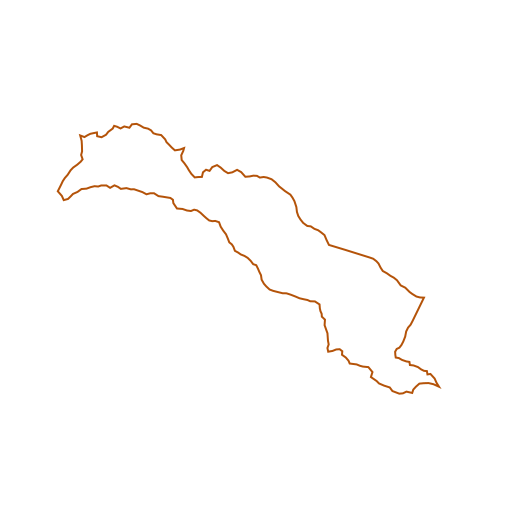 the district of Lucélia, São Paulo, Brazil, rotated 283°
{"feature_id": "56859067B24992356394573", "entity_name": "Lucélia", "entity_type": "district", "adm_level": 2, "iso_a3": "BRA", "parent_name": "Brazil", "parent_adm1": "São Paulo", "projection": "mercator", "projection_center": [-50.994, -21.634], "detail": "fine", "context": "isolated", "style": "outline", "palette": "amber", "viewbox_px": 512, "rotation_deg": 283, "n_neighbors": 0, "source": "geoboundaries", "source_scale": "gbopen_adm2", "svg_char_len": 3242}
<svg xmlns="http://www.w3.org/2000/svg" viewBox="0 0 512 512"><g transform="rotate(283 256 256)"><path d="M173.0,390.5L169.1,395.6L163.9,395.2L161.3,401.7L159.5,404.5L158.5,410.0L158.0,415.9L155.1,419.3L154.1,426.6L155.2,430.0L157.7,433.1L157.7,439.0L161.2,439.3L164.6,441.2L168.4,443.9L169.8,448.1L171.0,452.7L171.0,457.7L169.8,463.7L173.1,460.4L176.8,457.6L180.3,452.5L179.2,449.7L182.3,448.4L181.9,445.5L182.7,442.3L184.2,438.8L184.8,434.1L184.4,430.5L187.3,429.3L187.1,426.2L187.6,421.6L188.7,418.1L188.5,415.0L191.0,414.0L194.0,413.1L197.1,414.0L198.9,416.3L201.9,417.7L205.6,418.7L211.0,419.5L216.3,419.3L220.5,420.3L223.8,422.1L228.0,423.2L253.2,429.0L252.5,425.1L252.6,421.4L254.2,416.7L255.5,413.7L258.7,408.6L259.9,403.6L264.1,398.8L265.9,395.1L266.9,391.5L268.6,387.4L269.9,382.9L272.7,380.0L276.2,377.1L278.0,374.5L279.7,370.8L280.1,367.1L282.1,340.9L283.2,324.6L287.4,321.2L291.8,318.0L293.8,313.8L295.1,310.7L295.6,306.8L297.2,302.7L296.8,299.2L298.8,294.6L301.5,291.2L304.5,288.2L308.1,286.0L312.8,284.3L318.1,281.1L321.1,278.4L323.5,275.7L325.8,269.6L327.6,265.9L329.0,262.9L332.2,258.3L334.3,253.9L334.9,249.0L334.7,245.7L333.3,242.1L334.3,238.9L333.7,235.4L332.1,231.9L330.8,227.8L334.4,222.7L335.7,218.2L332.2,214.1L330.4,210.1L331.8,205.9L334.2,201.7L335.8,197.6L332.8,193.4L328.5,191.6L328.8,187.9L325.6,185.5L320.9,185.5L319.9,181.8L318.8,178.6L321.5,174.5L324.6,171.2L327.0,169.0L330.3,165.3L332.8,162.0L337.3,160.5L342.1,161.5L345.0,161.6L342.6,158.0L340.7,153.2L342.8,149.4L345.0,146.1L346.8,143.2L349.2,141.3L352.5,136.4L352.2,131.8L352.5,128.4L354.8,125.5L355.8,122.2L355.8,117.7L357.1,113.7L357.9,110.0L356.4,105.5L352.5,103.8L352.6,98.5L349.8,95.3L350.7,91.6L350.9,88.5L347.9,87.7L343.7,84.1L340.4,82.6L337.0,78.8L337.0,74.3L340.6,73.2L339.2,70.1L337.8,67.1L335.8,64.7L333.3,62.1L333.9,57.6L329.0,60.2L324.6,61.5L318.8,63.0L315.1,62.9L311.2,65.3L308.5,64.0L304.8,61.3L301.1,58.0L297.9,56.1L292.7,54.2L289.0,52.2L285.5,50.9L281.8,50.1L278.5,49.3L274.5,48.3L270.9,53.3L267.2,56.1L269.3,60.0L272.4,62.0L275.3,63.7L278.3,67.7L282.0,70.9L283.5,75.7L285.9,79.4L287.7,83.0L288.2,86.6L289.9,89.3L291.1,94.4L289.6,98.5L293.0,102.2L292.3,106.0L291.0,109.2L293.0,114.5L292.8,119.0L293.6,122.2L293.2,126.2L292.7,131.0L291.5,135.4L293.4,139.0L294.2,142.5L292.4,147.5L292.8,151.8L293.0,155.0L293.3,159.5L292.1,162.4L288.9,163.6L284.5,168.3L285.3,173.8L284.8,178.5L285.2,182.5L287.2,185.3L287.2,188.4L285.7,192.1L283.4,196.0L281.7,199.1L280.1,202.4L280.1,205.6L281.0,208.4L280.6,212.4L276.6,215.0L273.4,218.3L270.4,221.9L266.7,224.6L263.3,226.9L261.9,229.8L259.9,231.9L256.3,234.3L255.3,237.9L254.1,240.8L253.5,244.7L252.3,248.3L250.1,251.9L247.4,255.1L247.1,258.3L244.2,260.7L241.3,262.8L238.4,265.2L234.2,266.8L230.8,269.9L228.7,272.8L226.4,276.8L225.9,280.5L225.8,284.8L225.7,290.3L226.5,294.1L226.1,298.6L225.4,303.5L224.6,307.9L224.6,312.0L224.7,316.1L224.1,319.0L225.0,323.6L223.1,328.8L219.3,330.0L216.8,331.2L214.4,333.0L211.7,333.8L209.5,337.5L204.0,338.4L196.8,343.0L189.6,345.2L186.2,346.7L182.4,346.3L179.0,347.9L180.7,351.9L183.0,355.2L184.0,358.5L182.6,361.5L179.1,362.0L177.3,366.3L174.8,369.7L172.3,371.5L173.0,378.5L172.4,382.0L172.3,385.0L173.0,390.5Z" fill="none" stroke="#b45309" stroke-width="2"/></g></svg>